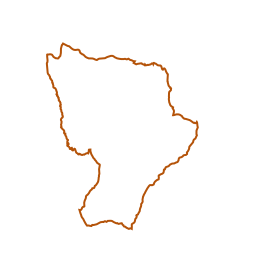 Paz De Río, Boyacá, Colombia, rotated 345°
{"feature_id": "7082276B10900430130409", "entity_name": "Paz De Río", "entity_type": "district", "adm_level": 2, "iso_a3": "COL", "parent_name": "Colombia", "parent_adm1": "Boyacá", "projection": "natural_earth1", "projection_center": [-72.768, 6.027], "detail": "fine", "context": "isolated", "style": "outline", "palette": "amber", "viewbox_px": 256, "rotation_deg": 345, "n_neighbors": 0, "source": "geoboundaries", "source_scale": "gbopen_adm2", "svg_char_len": 5692}
<svg xmlns="http://www.w3.org/2000/svg" viewBox="0 0 256 256"><g transform="rotate(345 128 128)"><path d="M196.0,140.0L195.4,140.6L194.7,140.8L193.9,140.6L193.5,140.1L192.7,140.0L190.3,137.0L189.4,136.2L186.2,134.2L184.7,133.6L184.3,132.9L183.5,131.9L183.3,130.7L181.7,128.8L180.9,128.3L180.6,128.0L178.5,127.4L175.3,127.4L174.9,127.3L176.4,124.6L176.8,123.5L176.8,122.7L176.5,121.4L176.2,120.7L176.2,120.4L176.7,120.0L176.9,119.7L175.4,118.1L174.8,116.9L174.5,113.6L174.7,112.6L174.8,111.3L175.1,110.1L175.6,109.0L175.6,108.4L176.7,104.8L177.2,103.8L179.2,102.6L179.8,101.1L179.2,100.3L179.5,99.9L178.7,98.9L178.2,97.6L178.2,94.3L178.4,93.7L178.2,93.2L178.7,91.5L180.4,86.4L180.0,85.8L179.5,83.9L179.3,82.7L179.2,81.3L178.8,80.2L178.6,79.9L178.1,79.8L177.3,80.2L176.8,80.7L176.5,80.5L176.2,79.8L176.1,77.0L175.6,76.1L174.1,75.6L172.9,75.0L171.5,73.1L170.4,72.4L169.9,71.8L169.6,71.8L168.9,72.9L168.8,72.4L167.9,71.8L166.3,72.4L164.0,72.4L163.4,72.1L162.3,72.2L161.3,71.8L160.9,71.0L160.4,71.7L159.5,70.7L158.3,69.9L157.9,69.1L157.4,68.9L153.6,68.5L152.4,68.6L150.3,66.6L151.8,65.3L150.5,64.8L148.9,63.4L147.7,62.8L146.4,61.2L146.1,61.2L145.1,61.4L144.4,61.3L143.0,60.4L141.7,60.3L139.4,59.7L137.5,58.9L135.5,57.9L133.5,56.2L132.5,54.9L131.4,54.2L130.0,53.9L127.4,54.0L126.1,54.1L123.8,54.6L118.2,53.6L117.1,53.7L116.0,54.2L115.4,54.2L114.2,53.5L112.8,52.3L111.6,51.6L108.1,50.6L106.5,49.4L105.4,48.3L104.3,46.3L103.5,45.3L102.8,44.9L102.5,44.3L101.6,43.5L101.2,42.1L101.2,40.7L100.6,39.7L99.6,39.3L97.7,39.1L96.3,38.6L95.8,38.3L94.9,37.5L94.0,36.4L92.4,33.9L90.8,33.0L87.1,29.6L86.0,30.7L85.6,30.8L83.8,33.9L82.6,38.1L81.3,40.8L80.3,41.5L79.6,41.8L78.8,42.7L77.9,42.6L77.2,42.2L76.5,42.0L76.1,41.8L74.5,40.1L73.6,37.6L72.9,37.1L71.8,36.6L69.9,36.4L69.1,36.1L68.9,36.2L68.4,38.1L67.8,41.8L67.2,43.5L66.6,44.1L66.3,44.7L64.7,53.9L64.8,55.2L65.6,56.7L65.7,57.9L65.9,58.4L65.7,59.7L65.7,60.1L66.1,60.4L66.3,61.6L66.9,62.5L66.8,63.7L66.5,64.6L66.6,64.8L67.0,65.3L66.8,65.6L66.8,66.5L66.9,67.5L66.8,68.1L66.6,68.5L66.5,69.5L66.8,69.9L68.0,70.8L68.2,71.3L68.3,72.2L68.5,72.9L68.4,73.6L68.6,74.8L68.5,75.6L68.3,76.1L67.6,76.9L67.7,77.2L68.2,77.5L68.1,77.8L67.9,78.2L68.2,78.6L68.0,79.0L68.5,79.7L68.4,80.6L68.8,81.0L68.5,81.8L68.7,82.4L68.3,83.3L68.7,84.4L69.1,84.8L69.1,85.7L69.3,86.4L68.9,87.3L69.1,88.2L68.4,88.6L68.2,88.9L68.4,89.1L68.1,89.7L68.5,90.2L68.3,91.1L67.8,92.1L68.2,93.4L68.0,94.2L67.9,95.0L68.3,96.2L68.3,96.8L67.9,98.0L67.9,98.5L68.1,98.9L67.9,99.6L68.0,100.1L67.9,100.4L67.5,100.8L66.2,101.5L65.5,102.3L65.3,103.0L65.5,104.6L65.4,105.1L65.0,105.8L64.9,106.4L64.2,107.4L64.1,109.3L63.5,109.8L63.5,110.2L64.0,110.8L64.3,111.8L65.3,113.3L65.6,114.2L65.5,115.1L65.2,115.5L65.0,116.1L65.0,116.6L65.4,117.3L66.0,117.3L66.0,117.7L65.7,118.2L65.6,119.1L66.1,120.1L66.0,122.3L66.4,123.4L66.9,124.0L66.8,124.4L66.0,125.0L65.3,127.3L65.3,127.5L65.6,127.7L66.1,127.3L66.4,127.3L66.5,127.7L66.4,128.3L65.9,128.7L65.1,128.8L64.9,128.9L64.8,129.4L65.0,129.8L65.8,130.5L66.1,130.9L66.5,131.9L66.4,133.0L66.6,133.3L67.0,133.4L68.2,132.6L68.6,132.6L68.7,133.1L68.3,133.9L68.2,134.5L68.3,134.8L68.7,135.3L69.2,135.4L69.4,135.3L70.3,134.4L70.9,134.2L71.4,134.7L71.6,138.1L71.9,138.8L72.8,139.6L73.0,140.3L73.3,140.7L73.7,140.8L74.0,140.4L74.3,140.3L74.9,140.7L75.8,141.7L76.7,142.2L78.3,142.1L78.8,142.4L80.7,141.8L82.6,141.7L83.0,142.2L83.4,141.8L84.6,138.9L84.8,138.8L86.1,139.1L85.8,140.1L85.7,140.7L85.8,143.9L86.3,145.7L86.8,147.9L87.1,148.5L87.6,149.2L87.7,150.0L88.5,151.5L89.2,153.7L91.2,156.0L91.0,156.9L89.4,160.3L88.5,164.8L87.6,166.4L87.4,167.4L86.8,168.4L86.4,169.7L85.4,171.8L84.9,172.5L84.2,173.2L82.6,174.6L81.8,175.1L81.0,175.3L80.1,176.8L79.7,177.1L79.3,177.2L78.3,177.0L77.9,177.0L77.2,177.9L75.7,178.6L74.8,179.2L73.7,180.5L71.9,181.9L70.4,182.5L70.1,182.8L69.7,183.2L69.3,184.4L68.7,185.4L67.5,186.8L66.4,188.7L66.2,189.5L65.6,192.3L65.1,192.6L64.2,192.5L63.6,192.8L63.2,193.0L62.2,194.3L61.4,194.9L60.7,195.0L59.9,194.6L60.0,198.2L60.2,199.7L60.2,201.4L60.4,202.3L61.3,204.6L61.5,206.0L62.3,209.3L62.7,210.5L63.2,211.7L64.8,212.0L65.8,212.6L67.3,213.2L67.7,213.0L68.1,212.5L68.5,212.4L69.7,212.8L72.8,212.9L77.0,211.9L78.9,212.1L80.1,212.5L81.0,212.1L81.7,212.1L83.0,213.1L84.5,212.5L87.5,213.2L88.5,213.7L90.0,215.3L91.7,216.7L92.3,217.1L93.0,217.1L93.9,218.1L94.6,218.2L97.0,218.3L97.4,218.5L97.6,219.7L98.1,220.6L98.4,220.8L98.4,221.3L98.8,222.2L99.9,222.7L100.7,224.0L101.7,224.7L102.4,225.5L102.9,225.7L103.7,225.5L104.6,225.6L105.5,226.4L106.2,224.2L106.5,222.8L106.8,222.0L107.2,221.7L109.2,221.1L110.0,220.5L110.3,220.2L111.5,217.8L112.8,216.9L113.3,216.1L113.5,215.8L113.4,214.7L113.6,214.5L113.8,214.3L114.9,214.2L115.3,214.0L115.9,213.2L117.8,211.3L118.4,209.8L118.9,208.9L120.2,207.2L120.7,206.2L121.0,204.9L122.5,203.7L123.1,202.9L123.5,200.9L124.9,198.0L125.6,197.4L126.0,196.6L127.4,195.3L128.3,194.2L131.0,191.4L133.2,189.5L134.2,188.9L134.6,188.9L135.6,189.1L136.3,189.5L137.9,189.3L138.2,189.2L139.1,187.8L140.2,186.8L142.3,185.8L144.3,185.5L144.9,184.1L145.2,182.2L145.5,181.8L147.6,181.2L149.4,181.0L150.5,180.5L151.1,179.7L151.9,177.6L152.2,177.4L152.6,177.6L152.9,177.5L154.1,175.9L154.6,175.6L157.2,175.4L158.0,175.0L159.2,174.2L161.4,173.8L163.6,174.2L165.2,173.8L167.0,173.7L168.3,172.5L169.2,170.7L170.0,170.0L172.2,170.0L173.6,169.5L174.5,168.8L174.8,168.8L175.6,168.8L177.0,169.0L178.3,168.4L178.5,167.7L178.6,166.8L179.8,166.0L181.2,164.5L181.9,163.4L182.1,162.6L182.5,161.9L186.9,158.8L187.3,158.4L187.6,157.6L188.5,156.4L188.8,156.2L190.4,155.6L191.8,153.8L192.6,153.0L192.7,152.7L192.5,151.8L193.4,148.5L194.0,147.5L195.5,145.6L195.6,145.3L195.6,144.2L196.1,140.9L196.1,140.4L196.0,140.0Z" fill="none" stroke="#b45309" stroke-width="2"/></g></svg>